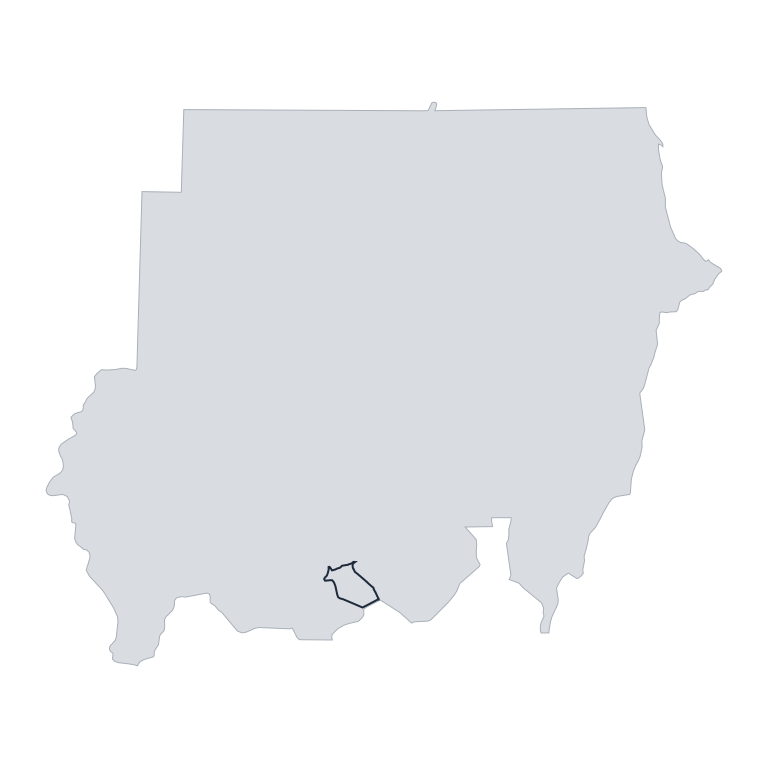 location of Keilak, South Kordufan, Sudan
{"feature_id": "16777658B16982967361933", "entity_name": "Keilak", "entity_type": "district", "adm_level": 2, "iso_a3": "SDN", "parent_name": "Sudan", "parent_adm1": "South Kordufan", "projection": "orthographic", "projection_center": [29.554, 10.642], "detail": "fine", "context": "in_parent", "style": "outline", "palette": "slate", "viewbox_px": 768, "rotation_deg": 0, "n_neighbors": 0, "source": "geoboundaries", "source_scale": "gbopen_adm2", "svg_char_len": 5527}
<svg xmlns="http://www.w3.org/2000/svg" viewBox="0 0 768 768"><path d="M548.9,632.9L541.2,633.0L540.4,631.2L540.4,626.1L541.2,622.3L544.0,616.2L543.2,612.9L543.6,608.1L541.5,602.8L522.8,587.5L519.2,583.3L509.2,579.5L510.9,575.1L506.4,543.4L508.4,539.7L508.9,534.2L508.8,529.3L511.0,521.1L511.2,517.7L491.7,517.7L491.5,521.2L492.4,525.1L492.4,526.6L465.1,527.0L476.2,539.4L476.7,544.8L476.2,551.6L476.3,556.0L477.0,558.8L480.0,564.4L479.8,565.4L479.1,566.7L459.9,583.5L456.7,591.2L454.1,595.3L448.5,602.1L430.8,619.9L427.9,621.1L414.4,621.8L413.1,622.3L412.0,623.1L411.4,622.9L399.8,612.5L380.3,600.0L367.4,606.6L363.8,609.0L363.8,615.0L361.8,618.1L358.3,621.4L348.8,623.5L343.8,625.3L337.9,628.7L332.1,634.4L331.7,637.3L332.3,640.0L299.3,639.7L297.1,637.6L292.4,628.2L289.1,628.8L259.0,627.5L254.7,628.4L246.1,632.2L241.8,632.8L237.4,631.0L221.8,612.4L218.4,610.1L214.9,605.7L211.5,603.7L210.4,602.3L210.1,600.3L210.2,596.3L209.1,593.7L206.6,593.1L185.5,597.1L182.4,596.6L178.0,597.3L176.4,598.0L174.6,600.4L174.3,605.5L173.7,608.0L172.0,610.8L165.9,616.9L164.5,619.6L164.7,626.5L164.3,630.0L163.3,631.6L160.7,634.2L159.7,635.8L158.5,644.6L155.1,649.9L154.3,651.7L154.1,655.6L153.6,656.7L143.9,659.6L140.3,661.5L138.1,664.5L137.5,665.8L133.4,664.6L128.2,663.8L118.2,662.6L114.3,661.1L112.4,659.0L113.1,653.7L112.1,652.5L110.5,651.5L109.5,649.2L109.8,646.4L115.2,640.3L116.3,637.0L118.0,621.5L117.6,616.8L113.6,608.0L104.3,592.8L102.1,589.8L90.4,577.2L89.0,575.4L86.2,570.1L89.7,558.7L90.0,555.6L89.2,552.3L86.3,549.8L83.6,549.4L80.1,546.3L77.9,544.9L75.9,542.1L74.6,538.3L75.9,524.9L75.3,523.1L72.2,522.5L71.6,521.5L71.8,519.0L70.3,511.2L68.7,504.9L69.7,501.4L67.3,496.5L62.6,494.4L53.1,495.7L50.1,495.4L48.1,494.4L46.8,492.7L46.1,490.6L46.8,487.5L49.7,481.8L53.2,477.2L60.1,473.1L62.0,470.9L63.1,468.4L63.4,465.5L63.0,462.4L62.3,459.6L60.4,455.8L58.7,451.4L58.8,448.5L59.7,446.4L61.6,443.9L68.5,439.1L75.5,435.2L76.7,433.7L76.3,432.0L73.2,428.5L72.5,421.9L70.9,417.3L74.4,413.9L77.1,412.8L81.1,411.8L82.7,410.4L83.3,407.6L83.2,405.0L84.7,403.1L86.8,398.9L88.5,397.0L93.8,392.2L95.1,389.0L95.5,386.0L94.4,376.7L97.5,372.9L101.5,369.7L107.0,370.1L115.7,369.5L121.6,368.3L125.8,368.4L135.3,370.4L136.3,369.6L136.9,367.2L142.0,191.6L180.8,192.3L181.3,192.0L183.8,109.6L426.1,110.8L428.1,110.5L431.9,102.8L433.5,102.2L436.0,102.7L436.8,104.5L434.9,110.7L645.9,107.6L646.8,116.9L648.9,124.4L655.4,135.0L660.7,140.7L662.7,143.8L662.9,145.3L662.8,146.7L661.2,145.1L658.5,144.1L658.4,149.1L660.1,159.4L662.6,166.6L661.4,173.4L662.1,184.7L665.4,198.3L665.3,207.0L670.6,227.2L675.5,238.4L678.0,241.1L680.7,242.5L685.9,243.3L693.7,248.9L700.0,254.8L702.3,257.9L705.3,261.3L707.3,260.7L708.5,259.7L710.6,262.5L720.4,268.3L721.9,271.0L718.6,273.9L714.9,278.8L713.2,283.3L712.2,284.7L709.2,287.6L708.7,289.0L707.4,289.9L705.9,289.9L702.7,291.6L699.7,291.2L696.8,292.1L695.8,293.2L693.4,294.1L690.3,294.7L685.4,298.6L681.2,300.6L679.8,302.1L677.8,309.7L676.2,311.7L669.8,312.0L666.6,312.7L662.3,312.0L660.2,312.2L659.7,313.8L659.2,320.2L659.4,323.0L656.1,330.4L657.6,344.1L654.4,354.5L654.0,356.8L650.7,365.1L649.0,368.1L645.0,383.5L643.4,388.2L639.7,393.2L644.8,429.8L641.8,441.1L642.1,447.3L640.1,456.4L638.4,460.6L635.6,465.7L633.3,471.4L631.4,478.9L630.3,493.1L629.6,494.4L618.0,496.3L614.3,497.4L611.9,499.0L609.0,502.7L603.2,512.8L600.2,518.9L595.5,527.3L589.9,533.4L588.7,536.2L587.9,541.6L585.9,550.1L584.1,556.1L584.5,561.0L582.8,569.4L583.2,573.4L581.2,575.8L578.5,578.0L576.7,578.5L568.4,573.1L562.7,577.0L559.2,582.5L556.5,588.0L558.2,599.6L558.1,602.2L557.4,605.0L552.1,616.4L550.5,621.7L549.0,630.8L548.9,632.9Z" fill="#d9dde1" stroke="#a8b0b8" stroke-width="1"/><path d="M363.3,578.8L363.2,578.8L362.9,578.6L362.2,577.9L361.8,577.6L361.7,577.5L361.0,576.9L360.5,576.4L360.1,576.1L359.5,575.6L359.2,575.4L358.8,575.1L358.5,574.7L358.2,574.5L358.0,574.3L357.5,573.9L356.9,573.4L356.2,572.9L356.0,572.7L355.2,572.1L354.9,571.9L354.8,571.7L354.7,571.4L354.5,571.0L354.5,570.9L354.2,570.5L354.1,570.2L353.8,569.7L353.7,569.6L353.7,569.2L353.4,568.8L353.2,568.6L353.2,568.4L353.1,568.2L352.8,567.8L352.8,567.7L352.8,567.1L352.7,566.8L352.6,565.7L352.6,565.3L352.7,565.0L352.7,564.9L352.8,563.9L353.0,563.6L353.6,563.1L353.9,562.9L355.1,562.0L353.4,561.9L352.9,562.3L352.0,563.2L351.1,563.5L349.9,564.1L348.9,564.2L347.9,564.8L344.0,565.4L341.9,565.8L340.7,567.1L339.6,567.9L337.5,568.4L335.3,569.5L332.1,570.4L331.1,569.0L330.1,567.5L329.4,566.8L328.6,567.0L328.7,569.4L327.8,573.1L326.8,575.7L325.3,577.2L324.4,578.3L324.2,579.2L325.1,580.7L330.3,580.2L332.3,580.3L334.0,582.5L335.4,586.1L337.3,594.9L338.3,597.4L340.1,598.4L343.3,599.3L352.5,603.2L362.5,607.5L366.1,605.7L371.2,603.0L374.1,601.5L377.6,599.6L377.8,599.6L378.6,599.6L379.4,599.6L379.0,599.4L378.5,598.8L378.4,598.4L378.2,598.3L378.1,598.2L378.0,597.7L377.9,597.4L377.8,597.2L377.5,596.7L377.2,596.2L377.1,595.8L377.0,595.6L376.9,595.5L376.7,594.8L376.3,594.2L376.2,593.9L376.0,593.5L376.0,593.4L375.9,593.2L375.8,592.9L375.6,592.6L375.5,592.2L375.3,592.1L375.2,592.0L375.2,591.9L374.9,591.4L374.8,591.2L374.5,590.6L374.4,590.5L374.4,590.4L374.2,590.1L374.1,589.9L374.0,589.7L373.9,589.5L373.7,589.3L373.7,589.2L373.6,588.0L372.8,587.2L372.6,587.1L372.2,586.7L371.9,586.6L371.7,586.4L369.1,584.1L368.3,583.4L368.2,583.3L367.7,582.8L367.7,582.7L367.3,582.3L367.1,582.2L366.9,582.1L366.6,581.7L366.2,581.5L366.1,581.3L364.6,580.0L364.5,579.9L364.4,579.8L364.3,579.7L364.2,579.6L363.5,579.1L363.4,578.9L363.3,578.8Z" fill="none" stroke="#1e293b" stroke-width="2"/></svg>